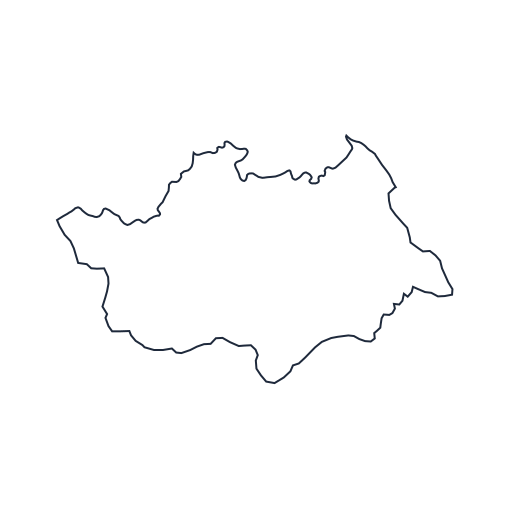 the district of Braslaw, Vitebsk, Belarus, rotated 227°
{"feature_id": "67162791B18102707107362", "entity_name": "Braslaw", "entity_type": "district", "adm_level": 2, "iso_a3": "BLR", "parent_name": "Belarus", "parent_adm1": "Vitebsk", "projection": "mercator", "projection_center": [27.102, 55.56], "detail": "fine", "context": "isolated", "style": "outline", "palette": "slate", "viewbox_px": 512, "rotation_deg": 227, "n_neighbors": 0, "source": "geoboundaries", "source_scale": "gbopen_adm2", "svg_char_len": 4518}
<svg xmlns="http://www.w3.org/2000/svg" viewBox="0 0 512 512"><g transform="rotate(227 256 256)"><path d="M418.0,135.0L411.8,132.7L402.0,130.5L393.5,130.5L385.8,128.0L379.0,124.6L372.2,121.2L365.4,126.7L359.4,127.1L355.2,131.0L350.5,136.5L341.5,133.5L336.4,129.3L331.7,122.9L328.3,117.3L323.7,109.2L315.1,107.5L313.4,103.7L305.3,100.3L299.0,99.4L293.8,105.0L287.5,112.2L283.2,110.5L276.0,110.1L268.3,112.2L265.3,112.2L256.8,117.3L250.8,123.7L245.7,131.4L239.8,131.8L235.9,135.2L232.1,143.7L230.0,151.0L227.0,157.8L222.7,162.9L223.2,170.6L218.9,175.7L210.8,178.2L201.9,182.0L198.5,186.3L194.2,191.4L187.8,191.8L182.3,189.7L179.7,184.6L173.3,179.5L165.3,178.2L157.2,177.8L150.4,182.9L148.2,193.5L148.2,202.5L150.8,208.4L148.2,214.0L148.2,222.9L148.9,236.9L148.3,245.6L144.7,255.1L141.2,260.6L137.7,265.5L134.9,269.4L130.7,273.0L124.8,274.9L119.4,277.7L115.2,281.6L114.7,286.6L119.0,289.9L118.8,293.1L118.8,298.0L120.9,300.5L124.8,305.4L126.1,309.5L122.0,313.3L121.2,316.8L122.8,321.7L126.9,324.2L122.8,327.7L123.4,332.6L127.5,338.4L122.8,339.2L123.4,345.2L126.4,349.8L121.2,352.0L114.4,355.0L109.5,359.1L102.4,361.5L98.0,366.7L94.0,373.0L97.8,377.1L105.7,378.7L113.0,381.2L120.1,383.6L126.9,387.4L134.0,387.7L141.1,386.6L145.5,381.2L150.6,380.1L160.5,378.2L164.8,381.2L173.5,385.8L179.3,385.8L191.0,386.1L199.1,387.1L205.7,391.0L211.4,395.6L211.4,404.0L211.0,405.1L216.8,406.3L220.7,407.9L224.7,409.0L229.2,409.6L232.2,409.9L236.7,410.3L243.8,411.5L247.7,412.1L249.5,412.6L253.1,412.0L255.8,411.2L258.7,410.9L261.6,410.9L264.0,410.6L266.8,410.0L269.2,409.0L271.1,407.5L274.3,405.7L276.8,404.8L280.2,404.3L282.4,404.2L281.9,403.2L279.2,402.0L276.2,401.7L273.4,401.4L271.4,401.2L269.2,400.0L268.6,398.9L268.0,396.1L267.2,393.1L266.3,389.3L266.3,386.0L266.3,381.0L266.3,378.2L266.4,374.4L267.2,372.3L267.8,371.4L269.3,370.7L271.3,369.8L272.2,368.7L272.5,366.5L271.4,364.2L270.2,363.9L269.3,362.8L268.2,361.3L268.5,359.8L270.0,358.9L270.8,357.4L271.1,356.1L270.2,354.6L268.1,353.2L267.6,352.3L267.7,350.8L268.6,348.9L269.7,347.9L270.3,347.1L270.9,346.5L272.0,345.9L273.4,345.8L274.2,346.0L274.8,347.0L274.8,347.9L274.8,349.0L275.6,350.4L276.9,350.7L278.6,350.9L279.8,350.7L281.1,350.3L283.0,349.6L283.8,348.3L284.2,346.9L284.0,344.5L283.8,343.0L283.8,341.3L284.0,340.4L284.3,338.5L284.6,337.4L285.2,336.6L286.2,336.2L287.4,335.9L288.4,335.9L289.3,336.5L290.0,336.9L290.9,337.2L292.2,337.7L293.3,338.3L294.3,338.9L295.7,338.9L296.2,338.2L296.8,336.8L297.2,334.3L297.8,332.1L298.8,329.0L299.7,327.0L300.8,324.6L301.7,323.4L303.6,320.9L305.6,318.4L306.4,317.3L307.7,315.4L308.9,313.9L310.3,313.0L312.2,311.7L314.0,311.3L316.0,310.7L317.4,310.4L318.4,310.1L319.4,309.2L320.8,307.5L321.3,306.3L321.3,304.6L320.4,303.6L319.3,302.0L318.6,300.1L318.9,298.5L320.4,297.6L321.4,297.4L323.1,297.4L324.7,297.9L325.8,298.5L326.8,299.0L328.2,299.7L330.0,300.3L332.1,300.9L334.4,301.5L337.1,302.8L337.8,304.3L337.9,305.7L337.6,306.8L336.8,308.7L336.2,310.0L335.8,312.1L336.0,314.8L336.2,316.6L336.5,318.2L337.0,319.6L337.8,321.0L339.2,321.6L341.3,321.6L342.6,320.5L343.6,319.0L345.1,317.2L347.5,315.6L348.9,315.0L352.2,314.5L355.5,314.3L358.3,313.5L359.5,312.9L360.5,311.3L360.1,309.9L359.1,309.2L357.9,307.9L357.7,306.5L358.4,305.0L360.5,303.8L361.3,303.0L361.4,301.3L360.0,300.4L359.0,298.5L359.0,298.0L359.5,296.1L360.8,294.5L363.1,293.5L364.8,291.7L366.0,289.6L367.1,287.6L368.2,285.0L368.7,283.7L369.8,282.3L370.9,281.4L372.6,280.9L374.0,280.8L371.9,278.2L369.3,275.6L367.0,272.9L365.3,270.0L364.8,267.1L364.9,264.8L366.0,262.7L367.0,261.0L367.3,257.1L364.8,255.3L364.1,252.9L363.7,250.3L364.4,248.3L365.6,247.1L367.6,245.2L367.8,243.2L367.5,241.0L365.6,239.1L363.2,236.4L361.5,230.8L360.2,227.4L359.0,224.3L359.0,222.3L358.5,218.3L357.7,216.2L356.4,215.4L354.8,215.3L352.7,214.9L351.9,214.2L351.7,212.4L352.7,211.5L353.3,210.5L354.5,208.0L354.9,206.1L355.7,203.2L355.7,200.4L355.8,198.1L356.6,197.0L357.8,196.2L358.9,196.0L361.0,195.7L362.5,195.0L363.8,193.3L364.3,191.6L364.8,188.5L365.2,185.6L366.4,183.1L368.4,182.2L370.0,181.7L372.3,181.7L373.8,181.7L375.5,181.9L377.1,182.6L379.0,182.8L380.6,182.1L383.2,181.0L384.7,180.7L387.2,180.3L389.4,180.0L391.6,179.1L393.3,178.4L394.1,176.9L393.8,175.3L393.0,173.9L392.3,172.3L392.0,170.2L392.0,168.5L393.1,166.1L394.6,164.8L396.6,163.8L398.5,162.5L400.3,161.4L402.4,160.8L404.6,160.4L407.9,160.0L410.1,160.1L412.4,159.4L413.0,159.0L414.2,156.4L414.2,154.6L414.5,151.4L415.1,149.2L415.5,146.7L416.6,142.3L417.4,138.3L418.0,135.0Z" fill="none" stroke="#1e293b" stroke-width="2"/></g></svg>